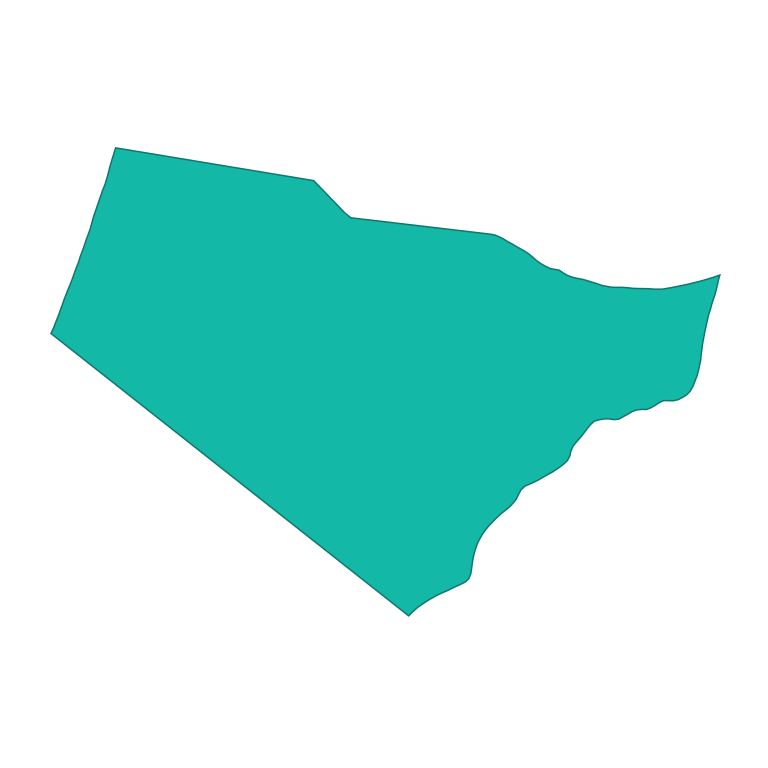 outline of Raghwan, Ma'rib, Yemen, rotated 181°
{"feature_id": "15242507B55081881652905", "entity_name": "Raghwan", "entity_type": "district", "adm_level": 2, "iso_a3": "YEM", "parent_name": "Yemen", "parent_adm1": "Ma'rib", "projection": "robinson", "projection_center": [45.02, 15.774], "detail": "fine", "context": "isolated", "style": "filled", "palette": "teal", "viewbox_px": 768, "rotation_deg": 181, "n_neighbors": 0, "source": "geoboundaries", "source_scale": "gbopen_adm2", "svg_char_len": 2365}
<svg xmlns="http://www.w3.org/2000/svg" viewBox="0 0 768 768"><g transform="rotate(181 384 384)"><path d="M355.3,152.6L349.3,158.7L348.3,159.6L346.3,161.3L344.4,162.8L340.5,165.5L336.3,168.4L331.8,171.1L327.1,173.8L322.2,176.2L317.7,178.2L313.0,180.6L308.0,183.1L303.8,185.1L299.0,187.6L295.7,191.0L293.9,195.7L293.2,200.9L292.5,207.3L291.5,213.4L290.0,219.5L288.1,225.4L285.9,230.3L283.0,235.4L280.1,239.8L277.1,243.5L273.7,247.2L269.8,251.4L265.2,255.9L260.9,259.5L256.5,263.2L252.9,267.1L249.7,271.3L247.7,275.8L245.2,280.5L241.3,284.4L236.5,286.5L231.7,288.8L227.7,290.9L223.3,293.6L219.4,295.9L214.8,298.5L210.9,301.1L206.8,304.0L202.6,307.4L199.3,310.7L196.9,315.3L196.0,320.3L193.8,325.3L190.2,329.9L186.4,334.3L182.9,338.9L180.1,342.9L176.7,347.1L173.2,350.5L168.6,351.9L163.5,352.9L158.4,353.1L153.6,352.4L148.5,353.0L144.1,355.6L139.7,358.1L135.1,360.9L130.8,362.5L125.7,363.1L121.1,363.1L116.9,364.8L111.9,367.8L108.0,370.5L103.9,372.3L98.9,372.3L94.2,372.3L89.5,373.5L85.3,375.8L81.4,378.3L77.9,381.9L75.1,387.0L73.2,392.1L71.5,396.7L70.0,402.1L68.8,408.0L67.8,413.4L67.4,418.7L66.7,424.9L66.0,431.0L65.0,436.5L64.1,442.1L62.9,447.8L61.9,453.1L60.6,458.9L58.9,464.5L57.7,469.5L56.1,474.7L54.5,479.7L53.2,485.0L52.0,490.8L51.0,495.6L50.1,498.8L52.4,498.0L57.2,496.2L62.2,494.6L67.2,493.0L71.9,491.7L77.2,490.3L82.9,488.8L87.3,487.8L92.7,486.6L98.2,485.4L102.5,484.6L107.3,483.7L111.8,483.6L116.6,483.6L121.3,483.9L126.6,483.9L131.5,483.9L136.9,484.0L142.0,484.5L147.4,484.8L152.9,484.7L158.1,484.7L162.9,485.5L167.5,486.3L173.1,488.1L177.9,489.5L183.4,491.1L188.3,492.3L193.3,493.1L197.9,494.2L202.5,495.8L207.0,498.3L210.8,500.9L215.3,501.6L219.7,502.3L224.0,504.2L228.6,506.7L233.7,510.1L237.3,513.2L241.1,516.3L245.7,519.3L250.2,521.7L254.4,524.0L258.6,526.4L262.9,528.6L266.9,531.0L271.0,533.0L275.4,534.8L279.9,535.6L420.0,549.6L426.0,554.2L457.8,586.1L656.4,615.4L657.3,612.7L658.6,607.9L660.2,602.5L661.9,596.3L663.2,590.6L664.7,584.7L666.6,578.1L668.8,572.6L677.6,545.3L678.8,540.5L680.4,534.0L682.3,528.5L684.2,523.2L686.1,517.1L687.8,512.0L690.0,505.9L691.6,500.3L693.5,495.3L695.9,488.4L697.4,483.8L699.9,477.0L701.8,472.4L703.5,467.8L705.3,462.9L706.8,458.2L708.5,453.6L710.1,448.5L711.9,443.7L713.5,439.5L713.6,439.1L715.3,434.5L717.9,428.7L684.4,403.2L406.5,191.6L355.3,152.6Z" fill="#14b8a6" stroke="#0f766e" stroke-width="1.5"/></g></svg>